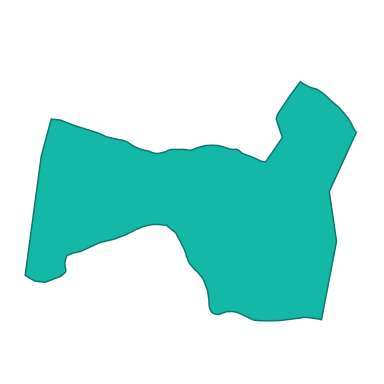 the district of Augier, Laborie, Saint Lucia, rotated 276°
{"feature_id": "8701671B53372431800849", "entity_name": "Augier", "entity_type": "district", "adm_level": 2, "iso_a3": "LCA", "parent_name": "Saint Lucia", "parent_adm1": "Laborie", "projection": "albers", "projection_center": [-60.98, 13.767], "detail": "fine", "context": "isolated", "style": "filled", "palette": "teal", "viewbox_px": 384, "rotation_deg": 276, "n_neighbors": 0, "source": "geoboundaries", "source_scale": "gbopen_adm2", "svg_char_len": 3117}
<svg xmlns="http://www.w3.org/2000/svg" viewBox="0 0 384 384"><g transform="rotate(276 192 192)"><path d="M210.1,38.3L91.7,34.8L91.2,35.8L89.8,38.8L88.5,41.7L86.9,45.3L86.9,55.6L94.4,70.1L97.2,72.9L98.7,74.4L100.9,74.8L102.3,74.5L103.1,73.9L108.3,72.8L110.0,73.1L110.3,73.1L113.6,73.7L115.6,74.2L116.2,75.4L116.5,75.7L119.0,80.5L120.6,85.7L121.1,87.0L122.5,89.6L131.6,104.6L132.7,107.5L133.2,108.8L133.8,110.6L137.1,119.8L141.8,129.1L142.6,130.7L145.8,135.6L146.7,137.3L147.8,138.6L149.6,141.7L150.0,142.7L152.1,146.2L153.4,149.3L155.0,154.1L155.2,155.2L155.5,155.8L155.5,156.7L156.0,159.1L156.0,160.0L156.2,162.0L156.2,166.5L156.2,167.6L156.1,169.9L156.1,170.3L154.6,172.5L151.7,177.0L150.6,178.9L150.3,179.1L149.8,180.0L143.0,184.5L140.9,186.2L139.6,186.7L134.5,190.2L133.5,190.6L133.1,190.8L130.8,192.0L129.3,192.6L128.0,193.0L126.6,193.6L125.9,194.2L124.2,194.9L123.2,195.3L120.5,197.1L120.1,197.5L119.3,198.5L118.6,199.2L114.8,203.2L114.4,204.0L113.3,205.4L112.2,206.7L110.2,208.6L108.1,211.0L107.8,211.2L107.5,211.5L105.7,212.5L103.6,213.8L102.4,214.5L101.3,214.9L97.7,216.8L97.2,217.0L96.9,217.4L92.6,218.6L90.4,219.2L89.2,219.4L87.1,220.0L82.7,220.6L79.9,221.2L78.3,221.7L74.6,224.0L73.3,226.5L72.9,228.7L72.9,229.8L73.1,231.5L76.7,239.2L76.8,241.4L77.3,243.8L77.3,245.7L77.2,247.1L77.2,248.5L76.4,251.2L76.2,252.3L75.4,254.5L74.9,256.0L71.9,264.1L70.9,267.6L71.1,270.7L71.1,272.3L71.8,281.1L73.4,293.2L73.9,295.3L78.2,313.5L78.4,314.0L78.9,315.6L79.0,317.5L79.3,318.9L79.0,330.4L78.5,334.1L157.9,340.9L206.7,328.5L210.3,329.7L211.2,329.9L268.5,349.2L270.3,347.5L271.9,346.3L273.5,345.2L275.7,344.0L277.4,342.7L278.2,342.0L279.7,341.1L282.0,339.1L285.0,336.2L287.2,334.0L290.3,330.5L291.5,329.3L292.7,327.5L295.2,323.7L297.3,320.7L300.1,317.2L302.2,314.3L303.9,311.6L305.9,308.3L306.8,306.5L307.4,304.8L308.1,300.6L308.4,298.9L309.7,295.0L311.5,291.0L312.1,289.9L313.1,288.3L298.2,279.5L278.4,269.0L273.6,268.1L270.4,269.5L259.6,274.3L255.8,276.3L229.4,262.0L229.6,261.7L229.7,259.7L229.7,258.8L230.0,257.4L230.2,256.4L230.7,255.2L231.3,253.4L231.6,252.7L232.1,251.3L232.4,250.3L233.0,248.4L233.4,246.8L233.8,245.4L234.0,244.4L234.6,241.9L235.1,239.9L235.7,238.0L237.0,236.0L238.4,234.1L239.1,232.0L238.9,230.2L238.6,228.8L238.6,225.9L238.8,224.5L239.6,221.1L240.2,218.3L240.5,215.8L240.8,214.5L240.9,212.6L240.8,211.1L240.7,208.6L240.5,206.3L240.3,205.0L240.0,202.7L239.7,200.8L239.0,198.7L238.2,196.8L237.6,195.2L236.8,193.2L236.0,191.4L235.3,190.2L234.0,187.7L233.5,186.6L233.2,184.7L233.3,183.4L233.4,181.4L233.4,179.8L233.4,178.1L233.1,175.5L232.8,173.3L232.5,170.2L232.3,168.4L232.0,166.7L231.5,165.3L230.8,164.0L229.7,162.1L228.9,160.5L228.3,158.7L227.6,157.0L227.0,155.4L226.7,153.5L226.6,151.6L226.8,149.7L227.1,148.3L227.6,146.4L228.1,144.7L228.5,142.3L228.6,140.2L228.9,138.0L229.1,136.5L229.5,135.0L230.0,133.5L230.5,131.7L231.2,130.1L232.0,128.2L233.0,126.2L234.0,124.3L235.0,122.3L235.4,121.0L236.2,117.9L236.3,117.0L236.4,116.1L236.4,115.8L236.3,114.7L237.9,101.3L240.6,93.5L245.5,69.5L249.8,53.4L249.8,44.4L211.4,38.3L210.1,38.3Z" fill="#14b8a6" stroke="#0f766e" stroke-width="1.5"/></g></svg>